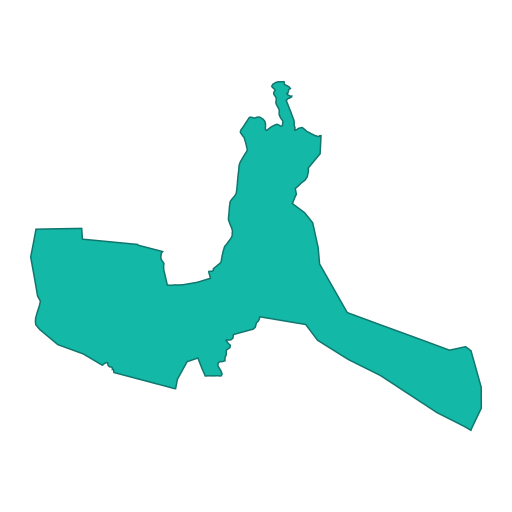 the district of Al Mashannah, Ibb, Yemen
{"feature_id": "15242507B63315911635783", "entity_name": "Al Mashannah", "entity_type": "district", "adm_level": 2, "iso_a3": "YEM", "parent_name": "Yemen", "parent_adm1": "Ibb", "projection": "mercator", "projection_center": [44.185, 13.954], "detail": "fine", "context": "isolated", "style": "filled", "palette": "teal", "viewbox_px": 512, "rotation_deg": 0, "n_neighbors": 0, "source": "geoboundaries", "source_scale": "gbopen_adm2", "svg_char_len": 5789}
<svg xmlns="http://www.w3.org/2000/svg" viewBox="0 0 512 512"><path d="M37.6,296.1L40.4,301.2L39.5,305.4L37.0,313.1L35.6,318.3L35.4,321.9L35.8,324.8L39.8,329.6L57.8,344.6L83.2,353.9L99.9,363.8L102.4,365.2L104.4,363.6L105.3,363.0L107.0,362.5L107.4,362.7L107.6,363.1L107.7,363.6L107.8,364.1L108.1,365.3L108.4,365.8L109.4,366.7L110.0,366.9L111.3,367.0L111.9,367.2L112.4,368.2L112.3,369.5L113.5,369.5L113.9,372.5L130.8,377.0L174.9,388.7L175.6,388.7L177.4,379.3L187.1,361.7L197.9,358.0L202.0,368.6L205.3,376.0L208.6,375.8L214.1,375.9L217.3,375.7L219.7,376.0L221.3,375.8L222.1,374.0L221.0,371.0L217.8,365.6L218.2,363.0L219.7,361.6L221.9,361.7L225.0,360.8L224.9,357.8L226.2,354.9L226.2,352.1L226.6,349.9L229.9,347.6L230.4,345.3L228.6,343.8L227.3,342.0L226.0,340.3L226.5,339.8L228.8,340.1L231.0,339.8L232.9,338.2L233.4,334.7L235.4,334.0L243.1,331.9L253.3,329.1L255.3,327.2L256.4,322.9L258.4,321.0L259.4,318.8L259.7,316.8L305.7,324.5L317.5,340.2L343.0,356.2L348.9,359.8L377.2,373.9L380.2,375.4L393.2,383.9L399.3,387.9L404.9,391.6L420.2,401.6L437.1,412.7L464.6,426.6L470.9,430.3L471.9,427.8L481.3,408.2L481.2,387.2L471.0,350.8L465.6,346.7L449.5,350.2L426.3,341.6L399.6,331.8L380.1,324.7L347.3,312.6L342.7,304.6L320.3,265.2L319.6,264.1L318.2,247.8L312.7,222.8L304.6,212.7L292.4,203.6L295.3,196.3L296.4,194.4L295.3,188.6L296.3,187.6L298.6,185.7L301.5,182.8L302.3,182.2L305.1,180.1L305.8,179.0L307.2,176.9L307.5,175.8L307.8,173.8L308.2,172.8L308.4,171.0L308.5,169.0L308.1,168.2L313.5,161.7L320.1,153.8L321.0,135.7L320.7,135.7L320.1,135.6L319.8,135.6L319.6,135.8L319.5,136.2L319.3,136.3L318.7,136.5L317.8,136.4L317.2,136.2L316.4,135.9L315.8,135.8L315.1,135.6L314.4,135.4L314.0,135.1L313.5,134.8L312.9,134.4L312.2,134.2L311.4,133.9L310.9,133.6L309.8,132.9L308.0,132.0L307.3,131.7L306.6,131.2L305.9,130.6L305.6,130.3L305.2,129.8L304.7,129.5L304.4,129.2L304.1,129.0L303.7,128.7L303.0,128.2L302.6,127.8L302.4,127.7L302.1,127.6L301.7,127.6L301.4,127.6L301.0,127.6L300.8,127.7L300.5,127.9L300.0,128.0L299.7,128.1L299.3,128.1L298.9,128.2L298.4,128.4L298.1,128.6L297.8,128.8L297.6,129.1L297.4,129.3L297.2,129.4L296.7,129.6L296.3,129.7L295.7,129.9L295.2,130.2L294.9,130.3L294.7,129.7L295.0,127.6L294.4,126.0L294.1,124.9L294.1,124.2L294.3,123.4L294.3,123.1L294.2,122.4L294.0,120.9L293.8,119.8L293.5,119.4L293.1,118.1L291.8,114.7L290.7,111.6L289.6,109.0L287.4,103.3L286.2,100.4L288.4,98.3L289.2,98.2L290.2,97.7L291.3,97.1L291.7,96.6L291.8,96.1L291.0,96.1L289.8,96.0L289.5,95.7L287.5,94.7L287.1,94.1L286.8,93.5L287.8,93.2L288.4,91.4L288.6,90.2L289.1,89.2L290.4,88.6L288.9,86.7L284.9,84.7L284.6,84.5L284.0,81.7L278.0,81.8L275.9,82.4L272.9,84.2L271.7,86.3L272.4,87.3L273.4,88.3L274.1,88.8L274.6,89.4L275.0,89.9L275.0,90.3L274.8,90.8L274.4,91.4L274.0,92.0L273.8,92.4L273.7,92.9L273.7,93.5L273.8,94.1L274.0,94.6L274.7,95.5L275.0,96.0L275.6,96.8L275.9,97.3L276.0,97.8L276.2,98.4L276.2,99.0L276.2,99.9L276.0,101.2L275.9,102.0L275.9,103.0L276.1,103.5L276.2,104.0L276.6,104.9L277.4,106.3L278.2,107.8L278.9,109.2L279.2,110.1L279.2,110.8L279.2,112.3L279.1,113.8L279.2,114.7L279.5,115.5L280.2,117.0L280.6,117.8L281.3,119.0L281.7,119.4L282.0,119.8L282.5,120.6L282.8,121.1L282.9,121.5L282.8,122.3L282.6,123.9L282.4,125.2L282.3,125.5L282.1,125.8L281.9,126.0L281.7,126.2L281.4,126.2L281.1,126.2L280.6,126.1L280.2,125.8L278.7,125.0L278.1,124.6L277.2,124.4L276.5,124.4L275.9,124.6L274.5,125.2L273.3,125.8L272.3,126.3L271.1,127.0L270.1,127.7L268.7,128.8L267.8,129.5L266.8,130.3L266.3,130.3L265.9,130.1L265.7,129.8L265.5,129.5L265.5,129.1L265.4,128.4L265.4,127.6L265.5,126.3L265.5,124.1L265.2,122.5L264.9,121.6L264.5,120.8L263.4,119.6L262.7,118.9L261.9,118.5L261.0,117.9L260.3,117.4L259.5,117.1L257.7,117.1L256.7,117.3L255.4,117.8L254.9,117.9L254.3,118.1L254.0,118.1L253.6,118.0L253.1,117.8L252.5,117.5L252.1,117.4L251.5,117.3L250.9,117.2L250.3,117.2L249.9,117.2L249.5,117.4L249.0,117.9L248.5,118.9L247.8,119.7L247.1,120.9L246.0,122.5L245.1,123.9L244.0,125.7L243.1,127.0L242.5,127.9L241.7,128.8L240.8,130.2L240.6,131.0L240.3,131.8L240.4,132.2L240.6,132.6L240.9,133.3L241.2,133.7L243.0,136.2L244.0,137.3L244.5,138.9L245.2,141.2L245.5,142.2L246.1,144.5L246.3,145.3L246.4,146.1L246.8,147.5L247.3,149.3L247.1,150.5L246.5,151.7L245.2,153.7L243.0,157.3L241.9,159.2L240.5,161.6L239.7,163.4L239.5,164.3L239.1,165.5L239.0,166.3L239.0,167.1L238.9,167.6L238.6,171.1L238.1,175.1L237.8,177.9L237.6,180.2L237.3,184.2L236.9,188.5L236.9,189.0L236.5,191.2L236.4,192.5L236.0,193.5L235.9,194.0L235.4,194.9L234.6,196.0L233.2,197.7L232.0,199.0L231.4,199.9L230.8,200.7L230.3,201.4L229.9,203.0L229.8,204.2L229.5,206.5L229.4,207.2L229.4,207.3L229.3,208.6L229.1,211.3L229.0,212.9L228.9,214.3L228.9,214.7L228.8,214.9L228.5,217.6L228.4,219.0L228.6,220.1L228.8,220.9L229.0,221.3L229.9,223.8L230.0,224.2L230.3,224.6L230.6,225.5L230.9,226.3L231.3,227.1L231.6,228.0L232.1,229.5L232.2,230.0L232.4,230.8L232.4,231.5L232.4,231.8L232.2,233.2L232.3,234.3L232.1,235.4L231.9,236.5L231.3,237.6L230.4,239.1L228.7,241.2L227.4,243.1L226.4,244.4L225.8,245.1L225.1,245.8L224.6,246.7L224.1,248.0L223.9,248.9L223.8,249.2L223.8,249.3L223.0,251.6L222.8,252.9L222.4,254.5L222.1,255.8L221.9,257.3L221.5,259.3L221.4,259.7L221.3,260.3L221.3,260.7L221.2,261.6L220.6,262.5L219.7,263.6L218.1,264.7L216.4,266.3L214.7,267.6L214.3,267.9L213.4,268.7L213.3,270.3L212.9,271.0L208.8,271.5L208.9,272.7L210.0,276.2L210.4,278.3L196.9,282.4L195.7,282.6L182.7,284.8L177.9,285.0L175.3,284.9L170.2,285.3L167.3,285.0L164.3,271.9L164.0,271.3L163.7,268.8L163.6,266.4L163.9,263.4L162.9,261.8L161.7,260.4L160.8,257.9L161.1,254.9L161.4,253.0L162.6,251.6L160.1,250.9L143.1,246.5L138.1,245.2L137.5,244.4L126.7,243.4L115.3,242.3L108.2,241.6L104.0,241.2L87.9,239.7L82.4,239.2L81.7,228.4L62.4,228.7L36.0,229.2L33.0,245.2L30.7,257.0L34.6,278.8L37.6,296.1Z" fill="#14b8a6" stroke="#0f766e" stroke-width="1.5"/></svg>